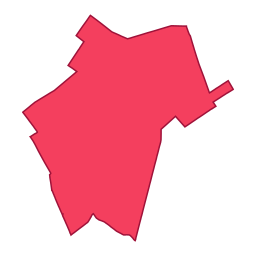 outline of Glodeanu Sarat, Buzau, Romania
{"feature_id": "2599482B71878678877399", "entity_name": "Glodeanu Sarat", "entity_type": "district", "adm_level": 2, "iso_a3": "ROU", "parent_name": "Romania", "parent_adm1": "Buzau", "projection": "mercator", "projection_center": [26.654, 44.861], "detail": "fine", "context": "isolated", "style": "filled", "palette": "rose", "viewbox_px": 256, "rotation_deg": 0, "n_neighbors": 0, "source": "geoboundaries", "source_scale": "gbopen_adm2", "svg_char_len": 4195}
<svg xmlns="http://www.w3.org/2000/svg" viewBox="0 0 256 256"><path d="M135.2,240.5L135.5,239.8L135.8,238.8L135.7,238.5L135.8,238.1L136.3,236.3L136.9,233.9L138.1,229.2L138.9,226.1L139.7,222.9L140.5,219.9L140.8,218.8L141.1,217.4L141.7,215.4L142.2,213.5L142.7,211.4L144.2,205.5L147.9,191.3L148.0,190.9L148.9,187.5L149.7,184.2L150.5,181.3L152.3,174.1L153.7,168.8L154.3,166.4L154.7,164.8L156.3,158.9L156.9,156.2L157.6,153.7L158.4,150.6L159.1,147.7L159.6,145.8L160.1,144.1L160.6,142.3L160.8,141.0L161.0,139.9L161.1,133.6L161.1,129.3L161.4,129.0L161.5,128.9L166.1,124.8L175.5,116.3L184.9,126.9L189.7,123.7L192.9,121.5L194.7,120.3L197.7,118.2L198.0,118.0L199.6,117.0L203.2,114.6L206.1,112.6L207.0,112.0L207.9,111.4L209.0,110.7L209.7,110.2L210.2,109.8L211.9,108.7L212.0,108.8L213.5,107.8L215.0,106.8L215.6,106.5L215.9,106.3L215.3,105.4L213.1,102.1L220.1,97.6L222.5,96.0L224.6,94.7L227.0,93.1L228.2,92.4L228.2,92.5L233.2,89.4L233.1,89.1L228.2,80.7L223.2,83.9L221.7,84.9L221.0,85.4L217.6,87.6L216.4,88.3L214.7,89.5L213.0,90.6L211.7,91.5L210.7,92.1L210.1,92.5L209.5,92.9L209.4,92.8L203.7,76.7L199.0,64.3L197.4,59.3L196.7,57.2L194.2,49.2L193.7,47.4L192.0,41.8L190.3,35.9L189.3,34.4L188.8,33.2L188.3,31.9L187.8,30.6L187.5,29.6L187.4,29.4L187.3,29.1L187.0,28.3L186.7,27.5L186.5,26.7L186.4,26.5L186.4,26.4L186.4,26.1L185.8,26.1L185.0,26.1L183.9,26.1L172.1,25.8L171.2,25.8L165.1,27.6L161.8,28.6L159.5,29.3L154.2,30.9L151.4,31.7L147.2,32.9L139.7,35.2L133.0,37.2L130.5,38.0L129.0,38.4L127.5,38.8L123.3,37.0L121.6,36.3L118.7,34.9L116.0,33.7L115.1,33.3L114.8,33.2L112.1,32.0L110.7,31.0L109.7,30.2L109.2,29.8L105.4,26.8L97.4,20.6L95.0,18.8L92.2,16.7L90.4,15.4L89.9,16.0L87.3,19.8L86.4,21.1L82.9,25.9L79.7,30.5L76.2,35.6L83.9,41.7L80.3,47.1L78.9,49.4L78.7,49.5L68.1,65.5L72.4,68.3L76.8,71.6L75.0,73.1L68.7,78.4L54.2,90.6L50.4,92.8L47.0,94.9L44.4,96.5L40.9,98.6L37.8,100.5L37.0,101.0L34.7,102.4L34.6,102.5L34.3,102.8L34.0,103.0L33.4,103.5L30.5,105.8L29.9,106.4L22.8,112.2L22.8,112.3L23.6,113.3L24.2,114.1L25.2,115.4L26.5,117.1L28.3,119.5L29.5,121.2L30.9,123.0L31.5,123.8L32.3,124.9L33.7,126.7L34.1,127.4L37.0,131.4L37.3,131.9L37.3,132.0L37.3,132.3L37.2,132.4L36.7,132.8L35.9,133.3L35.6,133.5L35.4,133.5L34.6,133.9L32.2,135.5L31.3,136.1L30.4,136.6L30.2,136.7L30.3,136.8L31.1,138.0L31.4,138.5L31.5,138.6L32.1,139.5L33.4,141.5L34.2,143.0L35.0,144.4L38.3,150.9L40.3,154.6L42.5,158.6L44.7,162.6L48.4,169.0L50.8,173.2L50.8,173.3L50.6,173.7L50.0,174.4L49.7,174.6L49.6,174.8L49.7,175.4L49.8,176.3L49.9,176.9L49.9,177.5L50.8,182.9L51.1,185.2L51.5,188.1L51.7,189.5L51.8,189.9L51.8,190.2L51.8,190.4L52.0,190.4L52.1,190.5L52.3,190.9L52.4,191.2L52.5,191.4L52.6,191.6L52.8,192.2L53.1,192.9L53.2,193.3L53.6,194.2L53.8,194.7L54.1,195.3L54.5,196.5L54.8,197.0L55.0,197.5L55.3,198.4L55.6,199.2L56.0,200.1L56.6,201.6L56.8,202.0L57.3,203.2L57.9,204.6L58.6,206.3L59.2,207.5L59.4,208.0L59.7,208.6L59.9,209.2L60.7,210.9L61.1,211.9L61.6,212.9L62.3,214.6L62.8,214.3L62.7,215.5L62.7,215.8L62.9,216.3L63.9,218.4L64.3,219.4L65.1,221.1L65.7,222.6L66.3,223.9L66.9,225.2L67.2,225.9L67.5,226.6L67.8,227.3L68.4,228.7L68.8,229.7L69.0,230.1L69.3,230.8L69.6,231.6L69.9,232.5L70.2,233.3L70.4,233.6L70.7,234.2L71.0,235.0L71.1,234.9L71.4,234.7L71.9,234.3L72.4,233.9L73.2,233.3L73.8,232.9L75.5,231.6L77.4,230.1L78.6,229.2L83.4,225.6L83.7,225.4L84.0,225.1L84.4,224.8L85.1,224.3L85.8,223.7L87.2,222.7L87.5,222.5L87.8,222.2L88.1,221.7L88.8,220.7L89.3,219.8L89.9,218.9L90.5,217.7L90.9,217.2L91.2,216.5L91.4,216.1L91.8,215.4L92.0,214.9L92.2,214.7L92.5,214.4L92.8,214.1L93.0,213.9L93.3,213.7L93.7,214.2L94.1,214.8L95.0,216.1L95.6,217.0L96.5,218.2L96.7,218.3L97.2,218.6L98.3,219.4L99.2,220.0L99.5,220.0L99.9,220.2L102.2,221.0L102.9,221.3L103.7,221.6L104.8,222.2L105.8,223.0L106.2,223.3L107.0,223.8L109.2,225.4L110.8,226.8L111.9,227.6L114.2,229.3L115.4,230.3L116.6,231.2L117.9,231.9L118.5,232.2L120.0,233.0L120.8,233.4L121.2,233.6L122.0,234.1L122.8,234.5L123.3,234.8L123.7,234.9L124.2,234.9L124.7,234.9L125.1,234.9L125.5,234.9L126.1,234.8L126.9,234.8L128.8,234.9L129.3,235.0L129.6,235.1L130.0,235.3L131.4,236.6L132.8,238.1L133.5,239.1L133.9,239.6L134.3,240.0L134.7,240.4L134.8,240.5L135.2,240.6L135.2,240.5Z" fill="#f43f5e" stroke="#9f1239" stroke-width="1.5"/></svg>